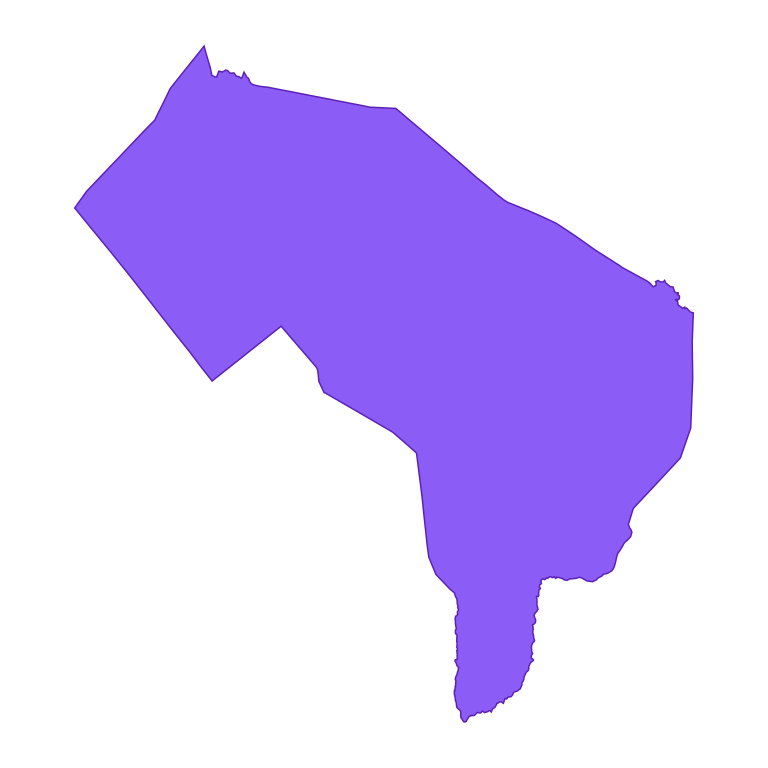 Santo Domingo Nuxaá, Oaxaca, Mexico (Equal Earth projection)
{"feature_id": "50627088B43752024879385", "entity_name": "Santo Domingo Nuxaá", "entity_type": "district", "adm_level": 2, "iso_a3": "MEX", "parent_name": "Mexico", "parent_adm1": "Oaxaca", "projection": "equal_earth", "projection_center": [-97.046, 17.162], "detail": "fine", "context": "isolated", "style": "filled", "palette": "violet", "viewbox_px": 768, "rotation_deg": 0, "n_neighbors": 0, "source": "geoboundaries", "source_scale": "gbopen_adm2", "svg_char_len": 5913}
<svg xmlns="http://www.w3.org/2000/svg" viewBox="0 0 768 768"><path d="M464.0,721.9L465.3,721.9L466.3,721.3L466.9,719.9L467.8,718.7L469.2,716.4L470.4,716.0L471.0,715.9L471.1,715.4L471.6,715.2L472.9,715.7L474.4,715.4L475.0,714.7L475.7,714.1L476.7,713.0L477.4,712.5L478.8,712.8L479.9,713.0L480.7,713.0L482.0,711.3L482.5,711.2L484.7,712.6L488.1,711.5L489.0,710.6L490.0,710.6L491.3,712.0L491.9,710.5L493.0,708.4L493.9,708.1L494.6,707.5L495.3,706.9L495.6,706.2L496.0,705.4L496.4,704.6L496.9,703.3L497.4,703.4L498.0,703.1L498.4,702.8L499.4,702.1L500.4,701.8L501.3,702.0L502.1,702.5L503.3,703.3L504.1,701.4L504.6,699.2L505.1,698.4L506.4,699.0L506.9,698.8L507.4,698.1L507.9,697.1L508.5,696.9L509.0,697.0L510.8,696.8L511.3,696.5L511.9,695.8L512.4,695.0L512.8,694.5L513.0,693.5L513.5,692.7L514.1,692.1L515.0,691.7L516.5,691.3L517.3,691.1L518.1,690.5L518.6,689.8L519.5,689.4L520.0,689.2L521.9,685.1L521.9,682.7L522.4,682.0L523.1,681.0L523.8,679.3L524.0,677.1L524.3,676.5L525.4,674.0L525.6,673.3L526.2,672.5L526.8,671.7L527.5,671.2L528.1,670.7L528.5,670.0L528.6,669.2L528.8,668.2L528.8,667.1L528.9,666.0L529.5,665.0L530.0,663.7L530.6,662.6L531.0,662.4L533.3,660.5L533.4,659.6L531.2,658.1L531.4,657.7L531.3,656.1L531.5,655.0L532.7,653.7L532.0,652.3L531.8,651.7L531.6,650.6L531.6,649.9L531.5,648.7L531.4,647.9L531.5,647.3L531.4,646.3L531.5,645.6L533.0,642.4L534.1,641.7L534.6,640.5L534.3,639.7L533.9,638.6L533.6,636.9L533.5,635.4L533.2,634.1L532.9,633.2L532.8,631.6L532.9,630.3L533.2,629.1L533.1,627.5L532.9,626.6L532.5,625.4L532.7,624.7L533.5,624.5L534.4,623.7L534.7,623.3L535.3,622.7L535.5,621.9L535.7,620.6L535.5,619.4L534.9,618.1L534.4,616.7L534.0,615.2L534.7,614.0L535.4,612.6L536.2,612.1L538.0,609.4L537.4,606.7L536.8,604.1L537.0,602.6L536.9,601.2L537.0,599.6L536.7,598.1L536.5,596.5L537.0,596.3L538.3,596.5L538.8,595.2L538.6,593.8L538.9,590.2L539.2,589.6L540.1,588.8L540.4,588.5L540.2,587.9L539.3,586.7L539.8,584.8L541.2,583.9L541.4,583.2L541.1,581.6L541.1,580.1L541.7,579.5L542.3,579.3L543.0,579.1L543.8,579.2L544.4,579.5L545.0,579.5L545.9,578.7L546.2,577.9L546.4,577.9L547.0,578.2L547.4,578.2L547.7,577.9L548.1,577.9L548.3,577.5L548.7,577.6L549.1,577.3L549.4,576.8L549.9,576.7L550.8,576.9L551.6,577.0L551.9,577.5L552.2,577.5L552.6,577.6L553.1,577.2L553.6,577.1L554.1,576.7L554.8,577.1L555.5,578.4L556.1,578.2L556.7,577.3L557.1,577.2L557.4,577.2L557.7,577.5L558.3,577.3L558.6,577.4L562.2,578.5L564.3,579.9L567.0,580.3L570.2,578.8L573.0,578.7L576.2,578.3L579.2,577.3L581.4,577.8L584.2,579.3L586.8,580.9L592.7,581.7L593.0,581.5L596.5,579.8L597.5,578.4L599.9,577.0L601.5,576.3L603.6,574.2L606.1,573.8L608.7,572.7L612.0,570.6L613.6,568.3L614.8,564.9L615.7,561.4L616.5,557.5L617.3,554.8L617.9,553.2L619.6,551.0L620.9,548.8L622.6,546.0L624.5,542.6L627.7,539.9L630.6,536.7L631.9,532.2L630.9,529.6L629.7,528.0L628.6,525.0L628.4,524.3L633.3,508.4L644.4,496.5L651.9,488.6L659.4,480.5L668.8,470.4L680.4,457.9L690.7,428.1L692.7,378.5L692.2,342.0L693.3,312.9L690.2,311.9L688.8,310.3L688.2,309.8L687.3,308.6L686.6,308.2L686.2,308.0L685.1,308.6L684.7,307.1L682.7,308.3L680.6,306.8L679.6,305.9L678.7,305.6L677.8,304.2L677.9,302.6L677.5,301.6L675.8,299.8L676.9,299.2L677.8,300.0L679.3,298.8L679.5,296.0L677.6,294.4L678.2,293.7L678.1,292.8L676.5,293.1L674.6,291.6L673.0,287.0L670.2,286.6L665.8,283.0L664.6,280.4L663.2,281.9L660.8,282.0L658.0,280.5L655.6,281.6L656.2,283.2L656.0,285.0L655.8,285.8L654.8,285.8L653.6,286.8L652.6,286.2L649.6,282.9L647.1,281.1L645.5,280.1L645.3,280.1L641.5,278.0L634.3,274.1L622.5,267.7L618.5,264.8L617.6,264.3L616.0,263.3L595.3,250.1L576.0,236.4L556.4,223.4L546.9,218.9L541.7,216.5L529.8,211.3L528.9,210.9L528.6,210.7L527.2,210.2L526.9,210.1L518.7,206.8L507.3,202.2L505.1,200.7L503.4,199.6L502.0,198.4L501.5,198.0L500.6,197.3L498.9,196.1L498.5,195.9L497.9,195.2L495.8,193.6L495.5,193.2L486.8,185.7L476.2,177.2L465.1,167.3L443.7,149.0L414.8,124.5L407.5,118.4L405.5,116.6L395.8,108.4L370.2,107.2L268.2,87.3L259.7,86.3L254.1,85.0L251.3,83.8L250.0,82.0L248.4,78.2L247.1,77.4L244.0,72.2L241.9,77.8L241.1,78.3L239.1,76.7L236.3,76.1L233.9,72.9L230.2,73.3L227.5,70.5L225.6,70.1L222.6,72.0L218.8,71.2L216.6,77.0L215.1,77.0L211.8,75.3L210.3,67.7L206.2,53.9L204.1,46.1L191.4,62.0L180.1,76.1L172.2,86.0L170.9,87.7L169.8,89.3L167.1,95.0L164.9,99.6L162.9,103.6L158.9,111.6L158.8,111.8L157.2,115.0L154.8,120.1L147.9,127.0L140.6,134.6L136.5,138.9L126.5,149.4L124.5,151.5L120.7,155.6L118.5,157.9L112.8,163.8L106.7,170.2L96.8,180.6L89.2,188.6L86.5,191.4L74.7,208.0L75.6,209.1L75.9,209.4L79.2,213.5L84.2,219.7L110.3,251.5L129.9,275.9L142.0,291.3L174.1,332.4L189.4,351.5L199.7,365.2L212.1,381.0L281.1,326.2L316.6,367.5L317.8,370.8L318.9,381.5L324.1,392.6L325.4,393.1L345.5,404.7L392.6,432.1L409.0,446.3L409.1,446.5L409.9,447.1L416.5,453.1L420.7,486.0L422.4,499.8L423.7,512.8L427.2,545.3L428.8,557.2L435.9,574.4L450.2,589.4L454.1,592.6L454.7,593.7L455.6,596.8L456.1,597.6L456.8,598.7L457.1,600.6L457.2,602.6L457.4,604.6L457.9,605.4L458.0,606.3L457.6,607.1L457.7,607.9L458.5,608.9L458.3,610.5L457.7,611.2L457.3,612.4L457.6,613.5L457.4,614.7L456.4,616.0L455.6,616.2L455.2,618.3L455.2,619.7L455.4,620.9L455.4,622.0L455.5,623.9L455.8,626.3L456.2,627.9L456.3,629.0L455.6,629.8L455.4,630.5L455.4,632.3L455.7,633.9L457.0,634.7L456.7,641.8L457.1,642.2L457.1,643.9L457.0,645.1L456.9,646.3L456.7,647.3L457.4,648.3L457.3,649.7L456.8,650.6L457.3,655.0L457.1,655.5L457.2,657.3L457.1,659.5L455.3,659.8L455.0,660.9L455.5,661.9L456.2,663.1L456.7,664.9L457.3,666.2L458.2,667.0L458.6,667.6L458.4,668.1L458.4,668.9L458.1,670.7L457.6,671.8L456.9,674.8L456.2,675.9L455.5,677.9L455.3,679.6L455.9,680.8L455.5,686.1L455.1,686.4L455.4,687.3L454.7,690.0L454.9,690.7L454.4,690.7L454.3,694.2L454.9,696.4L455.3,698.4L455.4,700.6L456.2,702.4L456.4,704.5L456.7,706.9L457.1,707.7L457.9,708.6L459.6,709.9L460.3,710.8L460.9,712.8L460.8,713.9L460.7,715.0L460.9,717.5L461.8,718.8L463.3,721.2L464.0,721.9Z" fill="#8b5cf6" stroke="#5b21b6" stroke-width="1.5"/></svg>